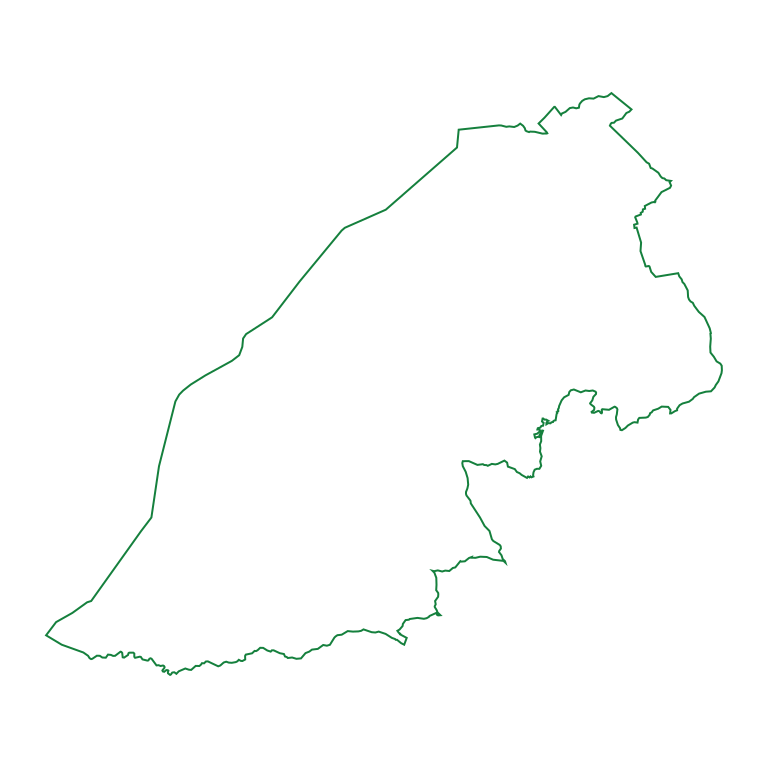 Budesti, Vâlcea, Romania (Albers equal-area conic projection)
{"feature_id": "2599482B58071086432896", "entity_name": "Budesti", "entity_type": "district", "adm_level": 2, "iso_a3": "ROU", "parent_name": "Romania", "parent_adm1": "Vâlcea", "projection": "albers", "projection_center": [24.395, 45.044], "detail": "fine", "context": "isolated", "style": "outline", "palette": "green", "viewbox_px": 768, "rotation_deg": 0, "n_neighbors": 0, "source": "geoboundaries", "source_scale": "gbopen_adm2", "svg_char_len": 6107}
<svg xmlns="http://www.w3.org/2000/svg" viewBox="0 0 768 768"><path d="M296.4,658.8L301.0,658.4L305.5,653.1L309.3,651.6L312.0,649.6L317.8,648.9L323.2,645.0L326.9,645.7L329.9,644.8L334.4,637.6L335.5,636.5L337.4,635.2L341.7,634.7L347.7,631.1L352.9,631.6L358.4,631.4L361.2,630.8L363.5,629.4L371.7,632.2L375.4,632.5L378.7,631.6L385.6,633.9L391.9,637.9L395.0,639.0L395.7,639.8L397.0,639.8L401.2,643.2L404.2,644.7L406.7,637.9L400.0,634.3L400.2,633.7L398.8,632.8L397.4,630.8L399.6,629.5L402.6,626.0L402.9,623.9L405.6,620.1L408.9,619.7L409.7,619.0L417.5,617.9L423.9,618.8L426.6,618.2L428.9,616.9L429.5,616.0L436.1,613.0L437.2,615.0L438.1,615.4L440.4,615.2L437.5,612.4L436.7,610.2L434.8,607.1L434.7,606.3L435.7,604.3L435.1,601.0L438.1,596.8L438.3,594.5L438.2,593.0L436.2,590.2L436.5,584.9L436.3,577.8L434.4,572.7L432.5,570.8L434.1,571.2L437.8,570.4L442.2,571.5L445.2,570.6L449.3,571.0L452.8,568.0L455.3,567.4L460.4,561.1L461.2,561.6L464.9,561.3L469.0,558.0L471.5,557.1L471.2,557.7L475.6,557.8L480.2,556.7L486.8,557.0L493.1,559.7L503.5,560.9L505.5,562.8L505.0,561.2L502.7,559.0L501.5,555.3L499.0,552.0L499.3,550.8L500.9,548.6L500.7,546.3L499.8,545.0L493.3,541.0L491.9,539.3L489.5,531.0L484.6,526.0L480.0,517.5L470.8,503.4L470.5,500.9L470.1,500.2L466.5,495.5L466.0,493.9L466.0,492.0L467.4,488.4L468.2,484.7L467.6,478.1L465.7,471.8L462.8,466.2L462.3,463.1L462.8,461.2L468.8,461.1L477.4,464.9L482.9,464.2L484.2,465.0L486.4,465.1L487.8,465.8L491.8,463.9L495.3,464.4L497.7,463.9L504.4,460.6L507.1,462.6L507.9,466.6L514.8,469.1L516.9,472.0L519.6,473.2L521.6,474.9L527.0,477.9L528.1,476.5L529.5,477.4L530.5,476.4L531.4,477.3L533.5,476.5L533.1,475.2L533.5,472.3L534.7,469.7L536.9,468.8L539.4,468.8L541.2,465.8L540.2,461.4L541.7,456.3L540.0,451.7L540.4,448.1L539.9,444.6L541.2,441.2L541.1,436.0L543.0,430.7L542.2,430.5L541.1,432.9L539.7,434.6L539.4,435.6L539.9,437.8L539.4,437.0L538.1,436.8L536.5,437.2L535.4,438.1L535.0,437.5L534.3,434.4L537.2,433.7L540.3,431.0L539.6,429.7L537.4,429.5L537.8,428.2L540.4,427.5L541.3,426.0L543.1,425.7L543.6,422.8L542.0,421.5L542.6,418.5L543.3,418.5L544.4,419.6L546.2,419.6L548.3,420.8L547.4,421.2L546.4,422.9L546.4,424.3L548.3,423.1L550.5,423.3L551.4,422.3L553.0,422.0L553.1,421.4L554.3,420.5L555.6,420.3L556.6,414.0L557.3,413.0L556.8,412.1L558.0,411.4L557.7,411.0L558.3,410.2L558.0,409.3L558.8,408.0L559.1,406.1L561.6,400.4L564.1,397.3L568.6,394.9L569.3,392.0L570.8,390.3L573.9,389.5L580.8,392.3L585.5,390.5L589.2,391.0L592.8,390.5L595.6,391.7L596.1,392.6L596.0,394.0L593.4,396.8L592.3,400.4L590.1,403.3L590.6,404.2L593.9,406.7L594.4,407.8L594.1,409.9L591.6,411.9L591.9,412.6L594.1,412.8L598.2,410.9L599.5,411.3L600.9,413.1L601.6,413.3L602.0,412.7L601.8,409.7L602.3,409.2L609.0,409.8L614.5,406.7L615.3,406.9L616.9,408.2L617.4,409.4L616.8,414.4L616.0,417.1L616.1,419.5L617.9,425.0L620.1,428.3L620.4,429.9L621.9,430.2L625.4,428.0L627.9,425.5L632.8,422.6L634.5,422.2L637.5,422.6L638.1,419.5L639.3,417.9L645.8,417.6L647.8,417.0L649.8,414.6L650.0,413.3L651.7,412.3L653.1,410.4L658.2,408.7L661.7,406.6L668.2,406.9L670.5,409.9L670.1,413.4L671.3,413.4L675.0,411.1L677.1,410.3L677.1,408.7L679.6,405.2L682.5,403.5L689.0,401.7L692.8,398.9L694.0,397.2L699.1,393.6L705.9,391.7L711.0,391.3L714.6,387.5L715.8,385.0L718.4,381.4L721.5,373.2L721.9,370.2L721.7,365.7L720.3,363.6L716.6,361.4L713.8,356.7L710.5,352.6L710.2,346.7L710.8,338.6L710.4,333.6L710.9,333.2L709.7,328.3L704.5,317.0L698.8,311.9L694.3,305.9L692.8,302.8L690.6,301.5L689.0,299.5L688.1,297.0L687.7,290.4L684.3,283.9L682.5,282.1L681.7,279.4L679.3,276.4L678.2,273.2L655.7,276.9L651.2,271.9L649.5,266.5L648.8,266.0L645.9,266.5L645.3,265.9L645.2,264.8L640.5,251.1L641.1,242.6L636.6,227.6L634.5,228.0L634.1,224.7L637.5,223.7L637.3,222.5L635.2,217.3L635.6,216.5L640.9,214.5L640.7,212.9L642.7,211.7L642.9,209.4L645.1,208.7L644.8,206.0L651.5,202.5L654.0,202.0L654.9,202.3L655.4,201.7L655.2,200.6L661.5,192.1L670.0,187.8L671.1,185.6L669.6,182.2L670.9,180.9L666.2,180.2L664.4,178.5L662.4,178.1L660.7,176.5L658.4,172.8L652.4,168.5L650.7,168.0L649.1,163.7L646.6,162.3L637.9,152.8L609.9,125.7L610.8,123.7L611.6,122.9L614.0,122.7L616.0,120.6L622.3,118.5L626.4,113.0L629.3,111.7L631.5,109.4L611.4,93.1L607.6,96.1L603.9,97.1L598.5,96.1L593.6,98.6L589.0,98.3L584.8,99.3L582.2,100.9L580.2,103.2L579.4,104.5L578.9,107.7L576.2,108.3L573.0,107.5L569.8,108.1L565.5,111.9L561.9,113.5L561.1,115.0L554.9,106.9L554.2,106.9L544.5,117.7L538.6,123.5L546.7,132.2L547.3,133.3L546.8,133.5L542.4,133.6L534.8,131.8L530.1,131.6L529.1,132.1L526.5,131.2L525.5,130.5L524.8,128.2L523.1,125.8L520.2,123.6L517.6,125.6L514.2,127.0L509.3,126.4L506.3,126.8L501.2,125.5L498.9,125.4L458.7,129.7L457.0,147.5L385.8,209.7L344.8,227.8L341.6,230.6L299.5,281.6L272.1,317.3L246.1,334.1L243.1,338.5L242.3,346.9L239.2,355.2L231.8,360.9L205.4,375.4L190.8,384.5L183.1,390.6L179.2,394.6L175.4,401.4L159.0,466.2L151.4,517.5L141.0,531.2L91.2,601.0L87.1,602.3L72.4,612.9L56.1,622.1L46.1,635.3L61.7,644.7L83.4,652.5L88.1,655.8L89.6,658.2L91.1,659.1L92.3,658.8L96.9,655.7L99.8,655.8L102.3,657.5L105.8,657.7L108.0,654.6L110.9,654.9L113.1,655.9L115.1,655.8L120.5,651.7L121.3,651.9L122.2,652.9L122.7,657.3L124.1,657.6L128.0,655.0L128.5,653.2L129.2,652.7L133.3,652.7L134.3,653.5L134.3,656.8L135.1,657.8L139.8,656.7L140.8,656.9L142.5,659.4L147.4,660.6L148.4,660.4L149.5,658.7L150.6,658.3L151.6,658.8L156.5,665.4L158.6,665.2L160.6,666.0L163.0,665.5L164.1,666.1L164.6,667.1L164.4,667.8L162.4,670.4L162.8,671.4L164.2,671.8L166.3,670.1L167.8,670.2L168.4,670.7L167.9,672.1L168.0,673.3L170.1,674.9L171.0,674.4L172.1,672.7L173.0,672.4L174.4,672.3L176.4,673.8L178.8,671.3L185.3,668.5L188.9,669.7L191.2,669.9L195.7,665.9L199.4,666.0L201.1,664.5L201.9,663.2L204.1,663.3L205.9,661.5L207.9,661.4L218.2,666.3L220.3,665.5L223.7,662.5L226.2,661.7L228.8,662.6L231.8,662.8L235.8,662.1L237.4,661.3L238.8,659.8L240.9,660.9L242.4,661.0L245.2,659.5L245.1,655.9L245.8,654.6L252.1,653.3L254.6,650.9L256.0,651.1L257.5,650.3L260.2,647.8L263.2,647.9L267.3,650.5L270.7,651.6L271.9,650.3L273.6,650.3L279.8,653.2L283.9,654.0L285.0,656.5L286.7,657.0L287.8,658.0L292.1,657.5L296.4,658.8Z" fill="none" stroke="#15803d" stroke-width="2"/></svg>